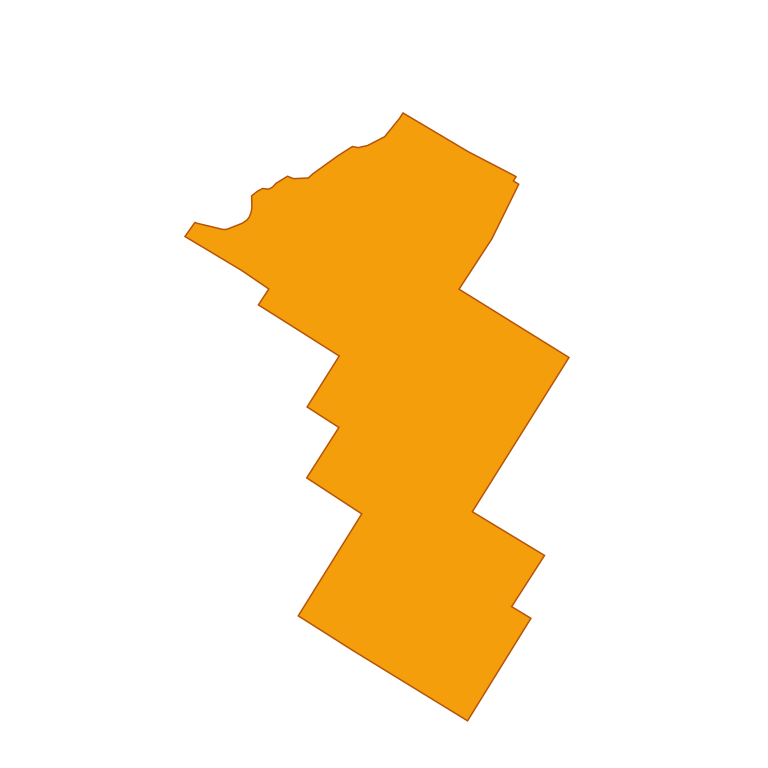 Oconto, Wisconsin, United States of America (Equal Earth projection), rotated 211°
{"feature_id": "52423323B46591064068205", "entity_name": "Oconto", "entity_type": "district", "adm_level": 2, "iso_a3": "USA", "parent_name": "United States of America", "parent_adm1": "Wisconsin", "projection": "equal_earth", "projection_center": [-88.069, 45.026], "detail": "fine", "context": "isolated", "style": "filled", "palette": "amber", "viewbox_px": 768, "rotation_deg": 211, "n_neighbors": 0, "source": "geoboundaries", "source_scale": "gbopen_adm2", "svg_char_len": 795}
<svg xmlns="http://www.w3.org/2000/svg" viewBox="0 0 768 768"><g transform="rotate(211 384 384)"><path d="M239.1,502.0L368.5,503.9L366.3,563.8L371.4,624.6L377.7,624.7L377.6,629.7L379.3,629.7L431.4,626.5L507.3,626.1L507.5,619.8L510.8,596.3L520.9,580.0L527.9,573.3L533.4,571.3L541.2,555.6L553.2,527.6L555.0,521.6L567.3,513.4L573.7,512.4L579.9,500.4L580.9,495.4L583.3,491.5L588.7,489.1L591.7,484.2L594.4,477.1L588.0,467.0L586.3,462.5L585.5,458.0L585.9,454.0L588.3,448.8L598.7,435.3L602.2,433.3L627.0,425.5L629.3,425.1L630.6,407.9L564.4,408.0L531.7,406.1L532.4,387.1L499.5,386.4L436.8,384.9L438.1,324.7L400.3,323.5L401.9,263.7L336.2,261.2L338.1,141.1L272.6,139.5L138.9,138.3L137.4,258.8L159.9,258.9L158.1,319.7L242.5,320.0L239.1,502.0Z" fill="#f59e0b" stroke="#b45309" stroke-width="1.5"/></g></svg>